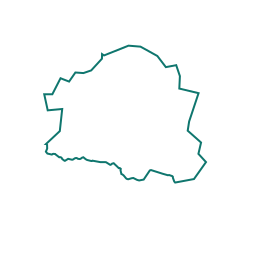 Martin, Kentucky, United States of America, rotated 139°
{"feature_id": "52423323B94344797346492", "entity_name": "Martin", "entity_type": "district", "adm_level": 2, "iso_a3": "USA", "parent_name": "United States of America", "parent_adm1": "Kentucky", "projection": "mercator", "projection_center": [-82.442, 37.816], "detail": "fine", "context": "isolated", "style": "outline", "palette": "teal", "viewbox_px": 256, "rotation_deg": 139, "n_neighbors": 0, "source": "geoboundaries", "source_scale": "gbopen_adm2", "svg_char_len": 1308}
<svg xmlns="http://www.w3.org/2000/svg" viewBox="0 0 256 256"><g transform="rotate(139 128 128)"><path d="M77.6,92.8L51.9,108.0L63.4,124.1L54.8,133.1L50.4,143.8L59.5,149.1L58.6,163.1L65.2,181.2L73.6,189.8L98.5,198.5L99.1,200.8L102.2,197.4L118.0,195.6L125.6,198.7L131.3,204.4L142.0,201.7L146.3,209.8L163.0,203.1L169.1,208.4L177.0,194.0L165.2,185.5L181.5,170.4L200.4,169.7L200.2,169.5L200.1,168.4L202.5,165.5L205.5,164.0L205.6,161.6L202.9,157.9L201.9,157.8L201.2,157.4L200.0,156.1L200.0,155.6L199.1,151.0L198.4,150.6L197.8,149.7L197.7,148.9L198.0,147.7L197.4,144.9L197.1,144.6L193.4,144.0L191.0,140.7L190.2,140.3L188.0,140.0L186.8,139.4L186.3,138.7L186.1,137.8L185.1,136.5L184.1,135.9L182.0,135.7L180.9,135.2L180.4,132.2L179.9,130.8L177.4,127.2L176.8,126.7L176.3,126.7L171.1,120.2L167.5,117.1L167.0,116.5L165.6,111.9L165.2,111.6L163.3,111.5L161.9,110.8L161.9,110.4L161.5,106.4L161.3,103.8L160.6,103.3L160.3,102.5L160.3,101.8L161.2,101.3L163.2,97.6L162.7,96.6L162.4,95.1L162.5,91.2L162.2,90.2L161.5,89.2L158.2,87.7L156.8,86.8L155.2,82.9L154.0,81.1L150.0,78.8L139.6,81.6L139.1,81.6L138.2,81.1L132.5,71.8L132.1,71.1L128.9,66.2L127.8,65.5L126.2,62.7L126.1,61.9L126.8,60.9L128.2,57.3L128.2,55.9L111.7,46.2L91.5,51.1L91.8,62.3L82.4,69.1L84.7,86.8L77.6,92.8Z" fill="none" stroke="#0f766e" stroke-width="2"/></g></svg>